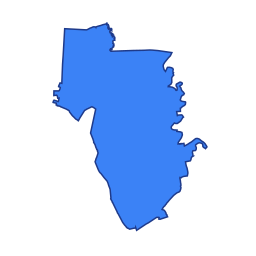 the district of Morunglav, Olt, Romania, rotated 191°
{"feature_id": "2599482B55157415904148", "entity_name": "Morunglav", "entity_type": "district", "adm_level": 2, "iso_a3": "ROU", "parent_name": "Romania", "parent_adm1": "Olt", "projection": "mercator", "projection_center": [24.132, 44.471], "detail": "fine", "context": "isolated", "style": "filled", "palette": "blue", "viewbox_px": 256, "rotation_deg": 191, "n_neighbors": 0, "source": "geoboundaries", "source_scale": "gbopen_adm2", "svg_char_len": 5731}
<svg xmlns="http://www.w3.org/2000/svg" viewBox="0 0 256 256"><g transform="rotate(191 128 128)"><path d="M209.1,213.4L205.5,186.9L204.4,178.0L201.5,159.2L203.3,159.3L204.0,156.3L204.1,155.6L204.0,155.3L203.3,155.3L202.2,154.8L202.2,153.6L202.6,151.8L202.8,151.5L203.1,151.2L207.8,150.3L207.0,145.7L204.3,146.6L203.7,146.2L202.6,143.8L201.4,144.2L201.4,141.1L201.6,140.6L203.6,141.0L205.9,141.2L206.4,140.1L206.4,138.8L205.3,138.7L203.1,138.7L202.9,136.9L201.5,136.7L201.5,136.3L199.1,136.4L197.6,135.8L197.3,135.9L196.2,135.6L191.8,134.7L191.1,134.4L190.6,134.3L190.3,134.1L189.9,134.1L189.0,133.7L188.6,132.8L188.0,132.2L185.0,129.5L182.8,128.1L181.0,126.8L179.6,126.4L179.1,126.1L178.7,126.1L178.4,125.7L178.1,125.6L177.2,128.6L173.9,137.1L173.2,137.5L172.8,137.9L172.5,138.3L167.5,142.0L165.4,141.4L163.3,140.4L163.8,115.9L160.4,110.6L159.1,108.2L158.9,107.1L158.3,106.7L157.1,105.2L155.8,102.8L154.9,101.6L154.6,100.9L154.4,100.7L154.1,100.7L153.8,100.5L153.5,99.8L153.6,99.5L152.7,98.0L152.6,97.8L153.1,93.6L153.6,91.3L153.6,90.1L153.9,88.9L153.5,87.9L149.1,81.2L147.9,79.7L146.8,78.7L145.9,78.2L142.2,74.9L138.3,71.8L137.1,70.0L135.9,67.7L134.5,65.5L133.8,64.2L131.5,56.4L131.4,55.7L131.5,55.3L131.5,55.1L131.1,54.8L130.9,54.4L129.8,53.2L129.5,52.7L129.4,52.3L129.1,52.2L123.2,44.3L122.6,43.6L122.3,42.8L121.2,41.8L120.0,40.3L115.2,34.3L112.8,32.1L110.6,30.5L110.5,30.1L110.1,30.0L109.4,29.6L108.5,29.6L107.5,29.1L107.1,29.0L103.5,30.6L101.5,31.3L101.5,31.8L100.0,29.2L91.9,37.2L89.9,38.8L82.9,45.7L81.3,46.1L80.4,46.1L80.4,44.5L79.2,44.5L72.2,48.4L72.8,49.3L73.2,49.7L73.3,50.3L74.1,50.7L74.4,51.6L74.7,52.1L75.0,52.4L75.2,52.7L76.3,53.8L77.1,54.3L79.0,54.5L78.5,56.2L77.8,57.7L77.0,58.6L76.6,59.7L75.9,60.8L75.5,62.0L74.8,63.0L73.7,65.1L70.3,70.6L67.7,73.6L66.1,74.7L65.5,75.1L65.1,75.6L64.9,76.1L64.6,78.3L64.7,78.6L64.6,79.4L64.8,79.9L65.4,80.9L65.4,81.1L65.1,81.6L65.4,83.0L66.0,84.5L66.6,86.5L67.4,88.3L67.6,88.9L67.5,89.4L66.9,89.2L66.4,89.2L65.6,90.2L64.1,91.1L60.6,92.3L60.6,92.8L60.6,95.2L61.1,96.8L62.4,100.0L63.4,101.6L64.4,103.8L65.1,105.8L60.5,107.7L60.2,109.0L60.2,110.6L60.0,111.5L59.6,112.0L59.2,112.3L58.6,112.9L58.9,112.9L59.1,113.0L59.1,113.5L59.4,114.8L60.0,115.9L60.2,116.7L59.9,118.1L57.6,118.7L57.3,119.1L57.0,120.2L57.1,121.1L57.2,121.7L57.6,122.4L58.2,123.1L58.4,124.4L56.6,126.3L55.6,126.9L55.2,127.1L53.6,127.1L52.5,127.0L51.5,126.0L50.9,124.0L50.2,123.5L49.7,123.2L48.8,123.0L48.0,122.5L46.9,124.4L47.0,124.8L49.5,127.4L51.4,128.6L53.5,129.4L55.8,130.7L57.7,131.0L58.8,130.8L59.5,130.5L60.4,129.6L63.0,126.5L64.5,125.2L66.3,123.4L67.5,122.4L69.2,121.1L70.2,123.6L73.5,122.3L73.4,122.7L75.8,121.9L75.9,123.6L74.3,127.2L73.7,128.8L73.3,131.6L74.2,133.9L76.0,134.2L79.4,134.0L79.4,135.3L81.2,135.1L82.2,134.9L83.6,135.0L84.3,135.1L85.3,135.8L85.7,137.0L85.7,137.5L85.6,137.8L85.2,138.7L84.3,140.2L83.6,141.6L83.3,141.8L82.3,141.5L80.6,141.8L80.1,142.2L77.7,144.8L76.3,148.5L75.6,149.3L76.5,150.1L76.8,150.6L77.2,150.9L77.9,151.1L80.7,150.4L81.2,150.2L81.9,149.6L82.3,150.6L83.0,152.4L83.4,153.4L79.7,154.3L80.4,157.4L79.4,158.2L79.0,159.0L78.7,159.4L76.8,161.0L76.5,161.6L76.2,162.0L76.3,164.1L76.6,164.6L80.1,164.5L81.6,164.9L81.8,165.1L82.0,165.5L82.1,165.8L81.9,166.5L81.9,167.7L81.8,168.1L81.7,168.9L81.3,169.5L81.2,170.2L79.7,171.2L79.3,172.6L80.6,173.9L81.1,174.1L82.5,175.2L83.4,176.7L83.8,177.6L85.3,178.8L85.3,179.0L85.0,179.4L84.6,179.8L84.1,180.1L83.4,181.0L83.2,181.7L83.2,182.0L83.3,182.4L83.6,182.6L84.7,183.0L85.7,183.0L88.8,180.4L88.8,180.0L89.0,179.6L88.8,178.5L87.7,177.4L87.5,177.1L87.3,176.4L87.1,174.6L87.9,174.1L88.3,174.3L89.0,175.2L89.6,175.7L92.1,176.5L95.7,176.4L96.4,176.2L96.5,176.9L94.3,179.0L93.7,181.1L94.7,185.7L94.0,187.4L93.2,188.6L94.2,190.1L93.8,190.9L94.4,191.3L94.6,191.6L94.8,193.0L94.8,193.3L94.8,194.2L95.5,195.1L97.1,195.5L99.0,195.5L99.7,195.3L100.5,195.2L100.8,195.0L101.1,194.3L101.3,193.2L102.0,190.7L103.7,192.1L105.2,195.2L105.4,196.9L104.5,199.4L101.7,204.7L100.2,206.9L99.3,210.4L113.4,209.7L118.9,209.1L121.6,208.7L127.3,207.3L138.0,205.0L157.5,200.5L159.3,200.1L159.8,200.2L160.1,200.7L160.5,200.8L160.6,201.6L160.2,201.8L159.6,201.8L159.5,202.0L160.2,202.4L160.2,202.5L159.7,202.7L159.2,202.1L159.2,201.8L158.8,201.9L158.7,202.2L159.2,203.0L158.2,204.2L158.2,204.8L157.6,204.9L157.5,205.1L157.7,205.4L158.1,205.7L158.1,206.0L157.6,206.4L157.9,206.8L157.8,207.6L158.3,207.6L158.6,208.0L159.0,208.1L159.0,208.3L158.9,208.9L159.4,209.9L159.4,210.2L159.4,210.6L158.4,211.6L157.7,211.6L157.7,211.8L157.9,211.9L157.9,212.2L158.2,212.4L158.2,212.8L158.6,213.2L158.5,213.3L158.0,213.6L158.0,213.8L158.3,214.0L158.4,214.6L158.6,214.8L159.9,215.2L160.0,215.2L160.2,214.6L160.7,214.5L160.8,214.8L160.6,215.1L160.6,215.3L160.8,215.5L161.3,215.7L161.3,215.9L160.1,216.5L160.6,216.7L161.9,216.2L162.1,216.2L162.2,216.4L162.1,217.1L161.2,217.6L161.7,217.9L162.3,217.7L162.6,218.2L163.3,217.9L163.6,218.2L163.9,218.2L164.4,219.5L163.8,219.8L164.0,220.4L163.8,220.6L162.9,220.3L162.5,220.3L162.7,220.7L163.2,221.0L162.8,221.5L162.7,221.8L162.9,222.2L163.6,222.5L164.0,221.9L163.7,221.5L163.9,221.3L164.4,221.3L164.6,221.4L164.7,222.0L165.2,222.1L165.5,222.0L165.6,221.5L165.8,221.4L165.8,221.7L166.1,221.7L166.2,221.8L166.1,222.3L166.7,222.2L166.9,222.5L166.7,222.9L166.3,223.2L166.9,223.3L167.0,223.5L166.3,224.1L166.2,224.3L166.3,224.5L166.7,224.9L167.1,225.7L167.4,225.8L167.7,225.7L168.1,225.9L168.3,225.8L168.4,225.6L168.2,225.2L168.3,225.1L168.5,225.2L168.8,225.8L168.5,226.4L168.6,226.9L168.7,227.0L168.9,226.9L169.1,226.7L169.2,226.0L172.2,224.7L174.4,223.4L176.9,222.2L178.8,221.1L178.8,220.7L179.1,221.0L180.9,220.8L181.7,220.5L183.2,219.4L184.3,218.8L186.5,217.0L187.5,216.4L209.1,213.4Z" fill="#3b82f6" stroke="#1e3a8a" stroke-width="1.5"/></g></svg>